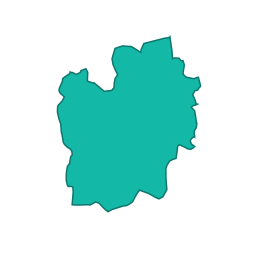 El-Ibrahimiya, Ash Sharqiyah, Egypt, rotated 331°
{"feature_id": "37247803B97743479870089", "entity_name": "El-Ibrahimiya", "entity_type": "district", "adm_level": 2, "iso_a3": "EGY", "parent_name": "Egypt", "parent_adm1": "Ash Sharqiyah", "projection": "robinson", "projection_center": [31.565, 30.732], "detail": "fine", "context": "isolated", "style": "filled", "palette": "teal", "viewbox_px": 256, "rotation_deg": 331, "n_neighbors": 0, "source": "geoboundaries", "source_scale": "gbopen_adm2", "svg_char_len": 2206}
<svg xmlns="http://www.w3.org/2000/svg" viewBox="0 0 256 256"><g transform="rotate(331 128 128)"><path d="M208.9,68.5L208.0,68.9L202.9,67.0L192.8,64.4L191.0,63.9L189.7,63.6L182.9,61.8L180.3,63.7L177.7,65.6L175.8,68.1L174.9,66.4L171.5,60.2L170.3,58.3L162.8,53.5L155.3,52.1L152.7,54.6L149.9,57.4L147.6,59.7L145.6,65.5L145.0,72.1L144.7,76.5L140.9,78.3L137.7,82.1L135.7,85.3L135.1,86.0L131.9,87.2L125.0,84.4L120.2,72.0L119.6,72.0L117.2,69.5L115.2,67.3L119.8,59.7L119.9,55.8L114.8,55.0L112.9,56.3L111.7,56.2L109.1,56.2L107.9,54.9L106.7,52.9L104.8,51.5L104.5,50.9L103.5,52.2L97.2,52.7L94.7,53.2L93.4,55.2L90.2,57.7L87.6,59.6L86.2,61.1L85.7,62.1L85.6,64.7L87.4,69.9L85.5,71.2L83.6,72.4L79.8,73.7L77.8,74.3L76.6,75.5L75.1,78.0L73.9,80.0L71.9,87.1L71.2,91.6L69.2,96.1L67.9,98.7L67.2,101.3L66.6,103.2L64.5,109.0L64.5,111.6L65.7,115.5L67.5,118.8L67.5,119.7L67.5,121.4L66.1,124.6L64.2,125.2L63.6,125.8L61.0,129.0L59.7,130.9L59.1,130.9L56.5,132.1L53.9,135.3L52.0,137.9L48.7,143.6L48.0,146.1L47.4,148.1L47.3,150.1L49.8,151.4L51.1,152.8L49.1,157.3L41.9,168.1L46.3,170.8L55.0,175.3L56.9,176.3L57.1,176.9L63.8,177.1L66.3,179.7L67.5,184.9L68.7,188.8L69.9,191.5L71.2,191.5L74.9,191.6L81.8,193.0L85.6,193.8L89.4,195.2L93.1,195.2L96.3,194.7L98.2,193.4L102.1,190.9L104.0,189.7L104.9,189.3L107.1,188.4L107.8,187.8L114.6,195.7L118.2,201.7L120.7,205.0L125.1,205.1L132.1,200.7L136.8,190.4L141.3,182.1L143.9,179.6L148.4,177.1L152.2,177.2L155.3,177.9L161.1,170.2L161.8,169.0L163.1,167.7L163.8,167.7L165.0,167.7L169.3,173.7L169.5,174.1L169.9,175.0L172.4,177.0L174.9,177.1L177.4,176.5L175.6,172.5L176.3,169.3L178.2,168.1L181.4,167.5L181.8,168.4L182.2,167.7L183.5,164.4L184.1,163.8L184.8,162.5L187.3,161.2L188.0,160.6L189.9,158.1L190.5,157.4L190.6,156.1L192.6,151.0L194.6,145.2L193.4,140.4L195.3,140.0L198.5,140.7L200.3,140.8L199.1,139.5L199.8,138.2L200.5,134.3L200.6,130.4L204.4,127.9L207.5,128.6L209.5,127.4L211.4,126.8L212.0,126.1L214.1,117.8L212.2,117.1L209.7,117.0L203.5,111.7L202.3,107.8L202.9,106.5L204.9,103.9L207.5,100.7L208.2,98.8L208.2,98.2L208.7,95.7L208.2,95.6L207.0,94.9L206.4,91.6L205.2,91.0L203.3,89.6L201.4,88.9L200.6,88.9L204.1,81.2L205.8,76.6L208.9,68.5Z" fill="#14b8a6" stroke="#0f766e" stroke-width="1.5"/></g></svg>